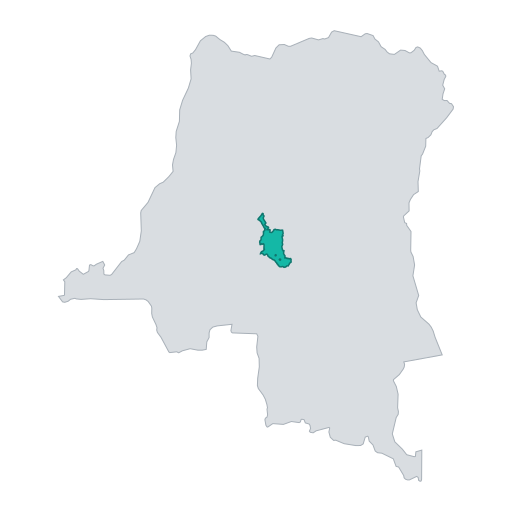 Kole, Kasaï-Oriental, Democratic Republic of the Congo (highlighted)
{"feature_id": "63176286B77592742780307", "entity_name": "Kole", "entity_type": "district", "adm_level": 2, "iso_a3": "COD", "parent_name": "Democratic Republic of the Congo", "parent_adm1": "Kasaï-Oriental", "projection": "natural_earth1", "projection_center": [22.534, -3.425], "detail": "fine", "context": "in_parent", "style": "filled", "palette": "teal", "viewbox_px": 512, "rotation_deg": 0, "n_neighbors": 0, "source": "geoboundaries", "source_scale": "gbopen_adm2", "svg_char_len": 8963}
<svg xmlns="http://www.w3.org/2000/svg" viewBox="0 0 512 512"><path d="M442.2,354.9L403.8,361.9L404.6,364.4L404.2,367.0L403.2,369.1L399.3,374.6L393.5,379.6L393.4,380.8L396.3,386.5L398.1,394.2L397.6,407.8L398.4,411.5L398.2,414.3L396.2,417.5L392.3,433.9L394.8,441.8L402.4,449.2L406.7,454.7L414.2,456.7L415.4,456.4L415.9,451.8L421.8,450.1L421.6,479.3L421.2,480.9L420.1,481.3L418.6,480.3L418.2,477.5L416.7,476.4L409.4,479.9L407.5,479.9L405.5,479.2L404.1,477.8L403.7,475.5L398.6,467.0L396.1,466.4L393.3,458.8L381.9,453.2L377.5,452.7L375.2,451.0L373.0,445.0L369.2,441.1L368.3,436.8L367.6,436.2L365.2,437.1L363.2,443.9L360.6,445.5L355.9,445.6L344.2,443.7L335.8,440.2L333.6,440.4L330.3,437.3L328.9,432.0L329.7,428.0L329.1,427.4L316.2,430.8L313.2,432.8L310.3,432.3L309.4,431.2L310.6,428.4L310.0,425.4L309.1,424.0L305.3,422.9L304.1,419.7L301.8,419.2L301.0,419.7L300.4,421.9L299.1,422.6L291.4,421.5L283.4,424.4L272.8,423.6L267.7,427.1L267.0,426.9L265.9,425.2L264.9,419.7L265.4,418.2L267.0,417.1L267.6,414.9L267.0,409.1L267.5,407.8L266.9,404.5L265.3,399.2L263.1,395.0L258.3,388.5L257.4,385.5L257.7,378.3L259.3,366.9L259.1,358.4L257.1,352.9L256.7,347.0L257.9,336.3L256.7,333.8L232.4,332.9L231.4,332.1L230.9,330.6L232.0,324.3L217.2,325.9L212.8,327.1L210.0,329.7L209.1,332.9L209.1,337.5L206.8,341.9L206.2,349.4L202.1,350.2L198.0,350.2L190.1,348.7L182.4,350.8L178.7,352.8L176.7,351.8L169.8,352.6L168.9,352.0L161.0,337.3L157.4,332.4L156.7,330.0L157.0,327.7L156.0,324.6L152.4,317.0L151.7,313.5L151.8,308.0L151.4,306.1L148.1,301.4L145.9,299.8L143.5,299.0L103.8,299.6L90.6,298.7L81.1,299.4L76.2,298.9L74.9,298.3L70.5,299.3L68.2,301.2L64.8,302.3L62.6,301.9L58.5,296.4L64.1,295.4L64.5,294.9L64.8,281.8L63.4,279.9L66.3,277.7L71.2,271.9L75.9,269.8L76.5,268.6L77.5,268.7L79.2,271.1L83.3,274.3L88.4,271.5L88.9,270.7L89.5,265.1L90.8,264.6L93.0,265.8L94.2,265.8L96.4,264.2L102.8,261.4L104.7,265.0L103.0,268.2L103.8,270.5L103.9,274.1L105.0,274.9L110.1,275.3L111.6,274.5L121.6,261.6L124.3,260.1L128.5,254.9L134.2,252.6L136.6,248.6L139.8,241.3L141.3,230.9L140.7,212.9L141.2,210.5L148.0,202.4L155.0,187.6L159.7,183.7L163.2,182.2L168.7,176.8L173.1,171.4L172.5,164.9L173.5,159.5L175.9,152.6L176.6,145.3L175.8,137.6L176.2,131.4L179.4,121.4L179.7,109.9L182.6,100.3L188.4,88.0L191.1,78.9L190.6,69.9L191.4,63.3L191.1,59.4L190.0,56.0L190.6,53.9L192.8,53.0L195.5,49.7L200.4,40.8L205.7,36.5L209.4,35.2L213.2,35.3L215.7,36.1L219.8,39.5L224.4,42.3L227.9,45.7L231.3,51.1L239.5,52.3L243.1,54.2L245.2,55.0L246.0,54.5L247.7,54.7L251.6,56.3L254.7,55.5L269.9,59.0L271.7,57.2L275.9,48.0L279.1,44.8L284.3,44.5L288.4,46.3L290.5,46.3L309.2,38.4L311.7,38.0L318.5,39.9L322.9,38.6L324.7,39.0L328.5,37.6L331.6,32.1L334.2,30.7L361.1,36.7L365.2,33.8L367.1,33.5L373.1,35.6L374.9,39.0L378.5,41.9L381.1,46.7L385.1,49.4L387.1,52.0L389.5,53.8L394.4,54.4L400.6,50.1L405.0,50.5L409.4,52.9L410.9,52.8L414.2,50.3L416.0,47.5L417.7,46.9L420.3,48.1L422.4,50.7L424.3,54.4L431.0,62.6L437.5,66.2L439.2,71.2L441.5,70.8L442.7,71.2L444.4,74.4L445.6,75.1L445.8,76.4L444.2,79.4L442.7,85.2L444.7,88.8L443.0,93.9L442.2,99.3L444.3,100.6L447.0,100.5L449.5,103.3L451.5,103.7L453.5,106.7L453.1,109.1L446.6,117.8L437.0,128.5L433.8,129.8L432.1,131.7L430.9,134.8L428.1,137.5L425.9,138.5L425.7,146.2L422.5,154.2L421.2,155.8L419.5,168.8L419.8,171.0L418.0,181.6L418.3,191.5L413.6,194.6L410.4,199.5L409.0,202.8L409.1,210.9L403.8,215.8L403.4,216.9L404.7,222.6L406.6,223.5L406.7,225.4L411.0,231.5L410.7,250.2L410.9,252.0L413.1,256.5L414.6,265.0L412.9,275.8L418.7,295.5L416.1,302.8L417.3,309.7L420.8,317.0L429.0,324.2L431.2,327.1L433.2,331.1L435.1,337.3L442.2,354.9Z" fill="#d9dde1" stroke="#a8b0b8" stroke-width="1"/><path d="M260.5,253.6L260.9,253.3L261.1,253.3L261.3,253.4L261.6,253.4L261.8,253.5L262.2,253.5L262.4,253.7L262.9,253.8L263.1,253.9L263.2,254.0L263.5,254.6L263.6,254.8L264.0,254.9L264.1,255.0L264.4,255.1L264.6,255.1L264.9,254.9L265.1,254.9L265.4,254.7L265.5,254.6L265.8,254.5L266.1,254.2L266.3,254.1L266.8,254.1L267.0,254.2L267.2,254.4L267.5,254.7L267.7,255.0L267.7,255.4L267.9,255.6L268.0,256.1L268.2,256.4L268.7,256.6L268.9,256.7L269.1,257.0L269.4,257.5L269.5,257.6L270.0,257.7L270.3,258.0L270.5,258.1L270.9,258.0L271.0,258.1L271.1,258.3L271.4,258.5L271.6,258.7L271.8,258.7L272.4,259.4L273.2,259.7L273.3,259.8L273.5,259.8L273.8,260.0L274.2,260.0L274.4,260.2L274.6,260.5L274.9,260.6L275.1,260.9L275.3,261.4L275.8,262.0L276.0,262.3L276.2,262.5L276.6,262.8L276.7,263.1L276.8,263.2L276.8,263.4L277.2,264.0L277.4,264.0L277.5,264.1L277.8,264.6L278.0,264.7L278.1,264.8L278.2,265.2L278.3,265.5L279.2,266.2L279.3,266.3L279.5,266.6L280.2,266.8L280.7,266.8L281.7,266.8L281.9,266.7L282.1,266.6L282.5,266.5L283.1,266.7L283.4,266.8L283.5,267.0L283.9,267.3L284.1,267.3L284.3,267.3L284.5,267.2L284.8,267.1L285.1,267.2L285.3,267.1L285.6,266.8L285.8,266.8L286.0,266.7L286.3,266.6L286.4,266.4L286.6,266.0L287.3,265.9L287.8,265.8L288.2,265.9L288.4,265.5L288.5,265.2L289.0,264.6L289.3,264.0L289.4,263.7L289.7,263.2L290.0,263.0L290.3,262.7L290.9,262.3L291.1,262.1L291.1,261.5L291.0,260.9L291.0,260.4L291.1,260.0L291.1,259.5L290.9,259.1L290.7,258.7L290.4,258.7L290.2,258.5L289.8,258.6L289.6,258.7L289.3,258.7L289.2,258.8L289.1,258.7L288.9,258.7L288.5,258.5L288.3,258.6L288.2,258.6L287.9,258.3L287.6,258.3L287.5,258.2L287.4,258.2L287.1,258.5L286.5,258.1L286.4,258.1L286.2,258.2L285.8,257.7L285.7,257.7L285.4,257.8L285.2,257.8L285.1,257.7L285.0,257.8L284.9,257.9L284.8,257.7L285.1,257.2L285.0,256.9L285.0,256.7L284.9,256.4L284.9,256.2L284.9,255.8L284.9,255.6L284.7,255.4L284.2,254.8L283.8,254.0L283.6,253.6L283.6,253.1L283.7,252.1L283.8,251.3L283.9,251.0L284.0,250.8L283.9,250.7L283.7,250.7L283.2,250.9L283.1,250.7L282.6,249.9L282.5,249.5L282.3,249.1L282.1,248.2L282.0,247.6L281.8,246.8L281.8,246.5L281.9,246.3L282.5,244.9L282.6,244.4L282.7,244.2L282.6,243.9L282.3,243.1L282.2,242.7L282.3,242.3L282.4,242.0L282.4,241.8L282.5,241.4L282.6,240.9L282.6,240.6L282.6,240.3L282.6,240.1L282.6,239.5L282.4,239.0L282.4,238.5L282.3,238.1L282.2,237.7L282.1,237.4L282.0,236.7L282.3,236.5L282.7,236.2L282.8,236.1L283.0,235.8L282.6,235.6L282.4,235.3L282.4,235.1L282.5,234.8L282.8,234.4L282.9,234.1L283.0,233.8L283.1,233.5L283.1,233.3L282.9,231.9L282.8,231.4L282.6,230.2L282.2,230.1L281.4,230.2L280.9,230.3L279.9,230.2L279.7,230.1L279.4,230.1L279.1,230.0L278.7,229.9L278.0,229.8L277.6,229.7L277.2,229.8L276.8,229.9L276.5,229.8L276.3,229.7L275.9,229.5L275.4,229.3L275.1,229.3L274.3,229.5L274.0,229.7L273.8,229.9L273.7,230.5L273.4,230.8L272.5,231.8L272.1,232.2L271.9,232.4L271.6,232.5L271.4,232.5L270.2,232.3L269.9,232.2L269.7,232.1L269.9,231.1L270.0,230.8L270.1,230.4L270.0,230.2L269.9,230.0L270.0,229.8L269.9,229.7L269.4,229.6L269.0,229.8L268.6,229.8L267.8,229.8L267.3,229.6L267.1,229.6L269.0,227.3L268.9,227.4L268.5,227.3L268.2,227.0L267.3,226.7L266.9,226.6L266.8,226.4L266.6,226.4L266.4,226.3L266.1,226.0L266.0,225.9L265.8,225.8L265.5,225.5L265.3,225.2L265.1,224.9L264.9,224.7L264.8,224.3L265.9,223.0L265.8,222.8L264.5,220.7L263.7,219.5L263.4,218.8L263.3,218.4L263.3,217.5L263.6,217.0L263.9,216.6L263.9,215.7L263.4,215.2L263.1,214.9L263.1,214.7L263.1,213.9L263.1,213.6L262.7,213.4L262.4,213.4L262.3,213.5L262.2,213.6L262.1,213.8L261.7,214.5L261.4,214.9L261.3,215.2L261.0,215.6L260.2,216.5L259.6,217.1L259.3,217.6L259.1,217.8L258.9,217.9L258.6,218.3L258.4,218.5L257.9,219.0L257.7,218.9L258.0,219.3L258.1,219.6L258.5,219.9L259.0,220.0L259.5,220.2L259.6,220.5L259.9,220.7L260.1,220.9L260.4,221.3L260.6,221.6L261.1,221.8L261.5,222.4L261.5,222.6L261.6,223.1L261.9,223.7L262.2,224.2L262.3,224.3L262.5,224.5L262.8,224.9L262.9,225.3L262.9,225.5L263.3,225.8L263.4,226.1L263.7,226.9L264.0,227.2L264.1,227.7L264.3,227.9L264.6,228.3L264.9,228.5L265.5,228.5L265.6,228.4L265.8,228.5L265.7,228.5L265.1,229.0L264.9,229.1L264.8,229.5L264.7,230.2L264.6,230.5L264.3,230.8L263.8,231.2L263.4,231.7L263.3,232.0L263.5,232.6L263.6,232.8L263.5,233.1L263.4,234.3L263.2,235.2L263.0,235.5L262.3,236.3L261.9,236.7L261.3,237.1L261.1,237.3L261.1,239.3L261.0,239.8L260.7,240.2L260.6,240.4L260.0,240.8L259.7,241.9L259.7,242.3L259.9,242.7L260.0,243.2L260.0,243.5L259.9,243.8L259.9,244.0L260.0,244.2L260.3,244.4L260.3,244.6L260.6,244.6L260.6,244.4L260.9,244.1L261.1,244.0L261.3,244.1L261.5,243.9L261.8,244.0L262.0,243.8L262.4,244.1L262.5,244.2L263.0,244.2L263.4,243.9L263.5,244.0L263.6,243.9L263.8,244.1L264.0,244.7L264.0,244.9L264.1,245.9L264.0,246.6L263.9,247.2L264.1,247.7L264.0,248.0L264.1,248.5L263.9,248.7L263.9,248.9L264.0,249.0L264.4,249.3L264.4,249.5L263.3,250.6L262.6,251.3L262.4,251.4L262.2,251.5L261.8,251.5L261.6,251.6L261.4,251.8L261.4,252.0L261.1,252.3L260.9,252.7L260.7,253.0L260.5,253.4L260.5,253.6ZM279.5,259.3L279.6,259.1L279.8,259.0L280.1,259.0L280.3,259.1L280.5,259.2L280.6,259.3L280.6,259.6L280.6,259.8L280.5,260.0L280.3,260.2L280.1,260.3L279.8,260.2L279.5,259.9L279.3,259.5L279.5,259.3ZM275.4,255.8L275.2,255.7L275.2,255.2L275.4,254.8L275.6,254.7L276.0,254.9L276.1,255.0L276.1,255.4L276.0,255.5L275.9,255.7L275.7,255.8L275.4,255.8Z" fill="#14b8a6" stroke="#0f766e" stroke-width="1.5"/></svg>